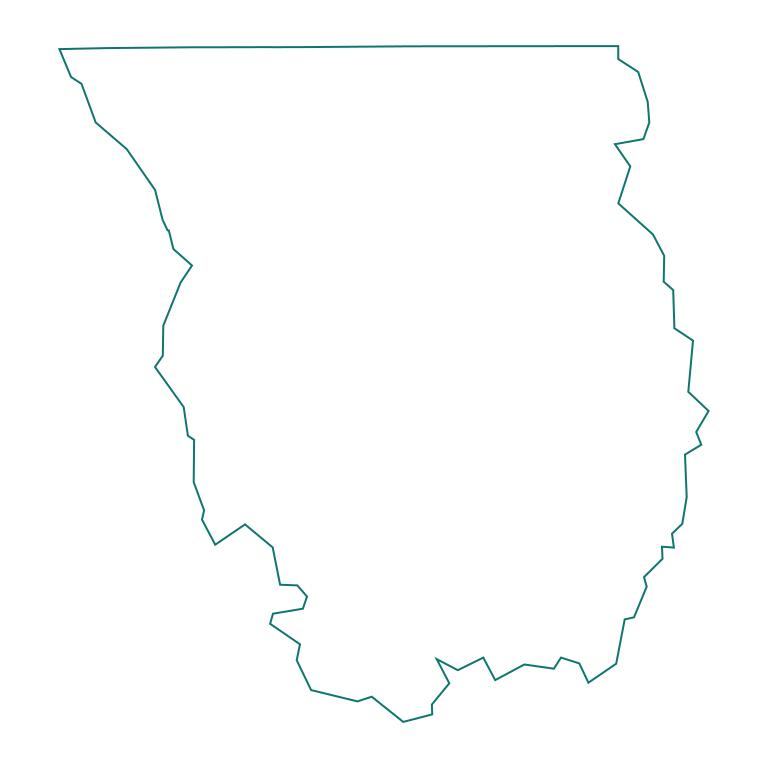 the district of Cache, Utah, United States of America
{"feature_id": "52423323B21224968054830", "entity_name": "Cache", "entity_type": "district", "adm_level": 2, "iso_a3": "USA", "parent_name": "United States of America", "parent_adm1": "Utah", "projection": "natural_earth1", "projection_center": [-111.756, 41.684], "detail": "fine", "context": "isolated", "style": "outline", "palette": "teal", "viewbox_px": 768, "rotation_deg": 0, "n_neighbors": 0, "source": "geoboundaries", "source_scale": "gbopen_adm2", "svg_char_len": 1210}
<svg xmlns="http://www.w3.org/2000/svg" viewBox="0 0 768 768"><path d="M618.2,46.1L420.9,46.3L411.5,46.3L304.6,47.1L271.3,47.2L271.1,47.1L246.3,47.2L189.2,47.3L106.4,48.1L60.1,49.1L59.4,49.1L71.1,77.1L81.5,83.8L95.7,122.5L126.7,149.1L155.1,190.0L162.5,219.5L167.5,230.3L167.8,230.4L168.0,230.4L168.6,230.4L168.8,230.4L173.4,249.0L192.0,265.5L180.6,282.5L163.3,325.7L162.8,355.7L155.0,367.0L183.7,407.1L187.9,435.7L194.1,439.9L193.7,482.1L204.1,510.4L202.0,519.6L215.2,544.7L245.0,524.4L272.7,547.4L280.1,584.7L297.4,585.4L307.0,596.6L302.9,608.7L273.0,613.7L270.1,623.8L300.0,644.3L296.7,660.2L311.1,690.1L357.5,701.4L371.7,696.7L403.2,721.9L432.2,714.4L431.9,704.5L449.3,683.3L436.7,659.1L457.8,670.2L483.3,657.6L495.2,680.1L524.3,664.5L553.9,668.7L561.0,657.6L579.3,663.4L588.4,682.7L616.2,663.7L624.7,619.4L634.0,617.3L646.7,586.7L644.0,577.1L662.5,558.8L662.0,546.7L673.9,547.6L672.0,533.7L682.3,523.8L686.7,497.2L685.0,454.6L701.3,444.7L696.2,432.0L708.6,411.0L688.3,391.8L693.0,340.6L674.4,328.3L673.2,290.1L663.7,281.7L664.2,255.8L653.0,234.5L618.3,203.4L630.3,166.4L614.9,144.2L643.4,139.1L649.3,122.5L647.7,101.8L638.2,72.0L618.3,59.1L618.2,46.1Z" fill="none" stroke="#0f766e" stroke-width="2"/></svg>